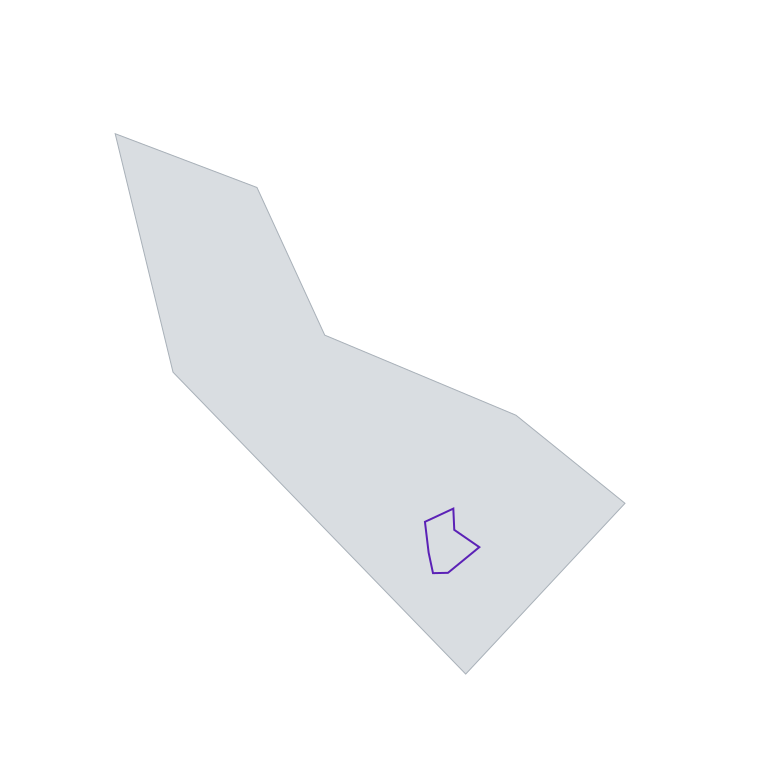 location of English River within Seychelles, rotated 168°
{"feature_id": "SYC-5213", "entity_name": "English River", "entity_type": "state/province", "adm_level": 1, "iso_a3": "SYC", "parent_name": "Seychelles", "parent_adm1": "", "projection": "orthographic", "projection_center": [55.454, -4.609], "detail": "fine", "context": "in_parent", "style": "outline", "palette": "violet", "viewbox_px": 768, "rotation_deg": 168, "n_neighbors": 0, "source": "natural_earth", "source_scale": "10m", "svg_char_len": 419}
<svg xmlns="http://www.w3.org/2000/svg" viewBox="0 0 768 768"><g transform="rotate(168 384 384)"><path d="M587.9,439.4L594.9,684.7L467.4,602.6L431.8,444.1L261.4,326.0L173.1,217.2L364.4,83.3L587.9,439.4Z" fill="#d9dde1" stroke="#a8b0b8" stroke-width="1"/><path d="M375.4,188.8L375.4,209.8L372.6,240.7L342.1,247.7L345.6,226.7L324.7,204.6L360.7,186.0L375.4,188.8Z" fill="none" stroke="#5b21b6" stroke-width="2"/></g></svg>